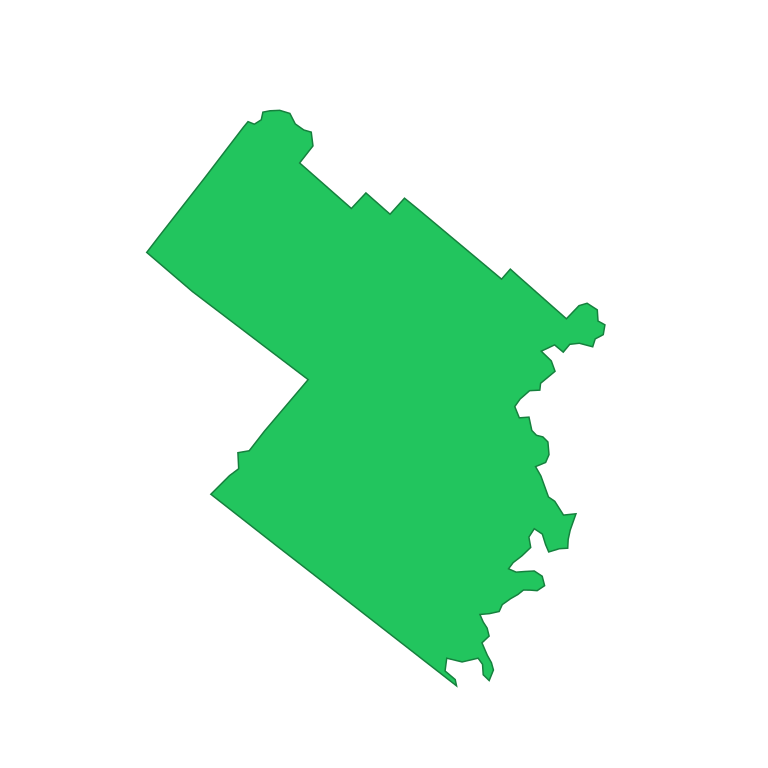 the district of Casca, Rio Grande do Sul, Brazil, rotated 42°
{"feature_id": "56859067B91025012286636", "entity_name": "Casca", "entity_type": "district", "adm_level": 2, "iso_a3": "BRA", "parent_name": "Brazil", "parent_adm1": "Rio Grande do Sul", "projection": "albers", "projection_center": [-51.925, -28.591], "detail": "fine", "context": "isolated", "style": "filled", "palette": "green", "viewbox_px": 768, "rotation_deg": 42, "n_neighbors": 0, "source": "geoboundaries", "source_scale": "gbopen_adm2", "svg_char_len": 1538}
<svg xmlns="http://www.w3.org/2000/svg" viewBox="0 0 768 768"><g transform="rotate(42 384 384)"><path d="M630.4,383.1L624.9,376.3L620.2,368.1L613.5,352.0L605.1,361.3L589.4,356.9L581.8,357.9L562.2,347.4L551.9,344.0L556.6,334.1L553.9,326.1L544.6,317.4L537.5,317.0L531.6,320.1L524.9,319.6L513.9,311.6L507.2,318.6L496.3,313.3L495.2,304.1L496.7,291.5L503.9,284.3L499.9,278.7L502.6,260.1L492.9,254.9L478.9,254.4L484.6,240.8L495.9,240.4L495.5,230.2L501.9,223.0L514.2,216.7L510.8,209.2L513.9,200.6L508.6,192.2L500.9,194.0L492.9,186.2L480.9,188.1L476.5,195.3L475.9,213.5L410.6,214.1L401.0,214.1L401.2,227.4L293.3,231.3L274.9,232.2L274.9,253.8L242.7,254.1L242.3,275.4L173.4,276.2L171.9,254.6L161.4,245.5L154.4,248.9L144.0,250.1L133.0,245.9L123.4,250.4L116.4,257.3L112.1,263.0L116.0,269.8L113.8,277.7L107.4,280.0L107.7,287.2L112.9,351.8L117.9,423.0L119.6,445.0L179.9,443.5L324.7,431.5L326.7,499.1L328.5,523.8L321.4,532.8L332.7,544.2L330.5,555.5L329.1,581.8L412.1,576.1L448.9,573.4L639.9,559.8L634.7,556.0L621.4,556.4L614.1,545.8L628.0,538.3L637.4,524.8L644.8,526.4L652.3,533.7L660.6,534.0L656.7,523.3L650.3,519.2L642.4,516.5L636.7,513.9L630.0,510.8L630.8,501.0L624.0,496.4L617.0,494.5L609.5,491.1L616.1,484.0L621.8,476.0L619.5,468.8L621.7,458.9L624.4,450.6L625.5,443.8L630.4,439.5L636.1,435.1L638.3,426.4L630.2,421.0L620.8,422.4L614.2,429.0L608.1,435.4L600.2,438.0L599.5,430.3L601.5,419.4L602.4,407.3L594.1,400.8L592.5,391.0L602.1,389.6L611.5,395.2L618.8,398.6L624.5,389.1L630.4,383.1Z" fill="#22c55e" stroke="#15803d" stroke-width="1.5"/></g></svg>